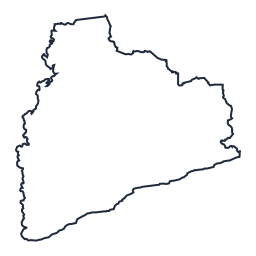 San Pedro, Bas-Sassandra, Ivory Coast (Mercator projection)
{"feature_id": "98640826B43081365176028", "entity_name": "San Pedro", "entity_type": "district", "adm_level": 2, "iso_a3": "CIV", "parent_name": "Ivory Coast", "parent_adm1": "Bas-Sassandra", "projection": "mercator", "projection_center": [-6.916, 5.016], "detail": "fine", "context": "isolated", "style": "outline", "palette": "slate", "viewbox_px": 256, "rotation_deg": 0, "n_neighbors": 0, "source": "geoboundaries", "source_scale": "gbopen_adm2", "svg_char_len": 5575}
<svg xmlns="http://www.w3.org/2000/svg" viewBox="0 0 256 256"><path d="M54.6,24.2L54.8,25.6L54.3,26.2L53.9,28.3L54.1,29.2L55.4,30.8L52.0,30.5L51.4,31.0L51.8,35.0L50.7,36.4L51.2,37.9L52.4,38.2L54.0,39.4L53.5,41.1L52.6,41.2L51.0,40.2L50.5,40.3L50.0,40.8L49.7,41.3L50.0,41.9L52.2,42.9L52.0,43.6L49.9,44.5L49.6,45.4L49.8,46.2L49.0,47.4L47.2,48.0L46.5,49.5L46.5,52.5L47.8,54.6L47.1,57.2L46.3,56.4L45.3,56.1L44.6,55.4L44.7,54.8L44.3,54.2L43.8,54.1L42.4,55.6L42.0,56.9L42.0,57.5L42.9,58.7L44.7,60.0L45.4,61.1L45.9,64.3L46.6,65.5L50.4,68.3L50.6,69.0L53.0,67.8L52.7,65.9L53.2,65.3L54.2,65.0L53.4,67.6L53.1,71.5L54.3,73.4L55.3,73.8L56.4,73.7L54.8,75.0L54.4,75.9L53.4,75.9L52.9,76.4L52.0,76.6L51.3,77.4L51.1,78.3L52.2,80.5L51.8,81.4L50.0,81.8L49.4,84.3L47.2,86.1L46.6,86.1L48.0,84.9L48.1,83.9L47.9,83.3L46.5,83.0L46.6,82.5L47.5,82.3L48.3,80.8L49.0,80.2L48.8,79.0L47.9,78.9L45.3,79.4L43.6,81.0L42.3,81.2L40.8,82.4L40.2,82.6L39.3,81.6L37.9,82.6L37.2,84.6L37.4,85.9L39.0,86.2L39.3,86.6L39.6,89.6L39.2,90.1L38.4,89.7L37.7,90.0L36.2,92.2L36.0,93.7L36.8,94.8L37.4,95.1L37.9,96.5L37.6,98.3L38.5,100.3L38.1,103.0L37.2,104.9L36.0,106.3L35.9,108.7L33.7,109.8L33.0,110.8L33.4,111.5L31.6,113.8L31.3,113.4L31.6,111.8L30.7,110.8L30.0,110.8L28.4,111.3L26.8,113.2L24.9,114.2L24.0,115.3L23.1,115.6L22.5,116.3L22.5,117.3L23.4,118.0L23.8,120.1L24.5,120.6L24.4,121.9L25.0,123.2L24.8,123.8L24.2,124.0L23.6,125.7L23.6,127.3L24.5,129.2L26.1,129.8L26.2,130.6L25.9,132.4L24.8,133.2L24.2,134.4L23.4,134.7L23.1,135.4L24.1,137.4L24.6,137.7L25.5,137.0L26.5,137.3L27.6,139.1L27.2,139.6L26.9,140.4L27.0,141.7L27.5,142.7L28.8,143.8L28.7,144.8L26.5,144.8L25.0,143.7L24.2,143.7L22.7,144.2L22.2,146.4L21.7,146.7L21.0,146.6L19.9,145.6L19.4,145.6L17.1,146.9L16.0,149.8L16.2,150.7L17.1,151.5L18.2,151.8L17.9,152.7L18.2,154.7L18.8,155.2L18.5,155.7L17.7,156.1L17.5,156.7L17.7,157.9L19.2,160.5L17.8,161.1L17.4,161.7L17.0,162.9L17.4,164.7L17.2,165.2L17.5,165.9L20.0,167.7L22.9,168.3L23.0,169.1L21.9,170.6L22.6,172.8L22.5,174.4L23.5,176.1L22.4,178.6L23.6,182.0L23.6,182.9L23.3,183.4L22.0,183.1L21.2,184.2L21.1,184.9L22.6,187.8L21.7,187.9L20.7,188.4L20.2,190.5L20.6,191.1L22.5,191.3L23.3,192.3L24.0,196.3L25.0,197.9L23.9,199.4L23.6,200.4L21.5,200.6L20.6,201.2L20.5,202.8L22.4,204.4L23.0,205.3L23.1,205.7L22.7,206.9L23.3,208.5L22.0,209.4L22.0,211.3L24.2,214.7L23.3,215.8L24.0,218.6L22.8,219.6L22.7,220.5L21.7,222.2L21.8,224.1L22.2,225.4L23.8,226.7L26.4,227.6L26.3,227.9L24.1,228.8L23.2,229.7L21.1,233.7L21.8,236.1L24.7,239.1L26.7,238.9L27.7,240.2L29.4,240.4L31.1,240.1L36.3,240.6L39.3,239.7L40.6,239.7L44.5,238.1L48.6,237.3L51.9,234.5L57.0,232.8L59.4,230.4L61.4,230.0L63.9,228.8L65.1,226.6L66.6,225.3L69.3,224.1L71.4,224.0L75.9,223.0L77.2,219.3L83.0,216.0L84.7,215.4L87.2,213.5L90.6,213.0L91.9,212.4L96.0,212.4L104.4,211.3L105.7,211.5L107.2,210.9L109.1,211.0L109.9,209.8L113.8,209.1L113.9,208.2L114.4,207.7L114.8,205.9L116.7,204.2L118.4,203.6L119.2,201.7L122.4,200.7L122.2,199.7L124.0,198.3L124.5,198.3L125.8,196.3L126.8,195.5L130.9,193.9L133.4,192.4L132.8,190.1L133.3,189.3L134.2,188.6L138.0,187.7L140.0,187.6L142.4,186.8L159.3,184.7L159.8,183.8L163.7,183.6L166.0,184.0L169.0,183.4L169.9,181.2L175.3,180.4L179.6,179.3L182.3,177.6L183.7,177.3L187.0,174.8L187.3,173.3L191.1,171.3L193.4,170.8L194.9,170.0L195.9,170.3L198.0,169.8L203.3,169.3L204.5,168.5L206.6,168.6L213.0,167.1L213.6,166.9L214.1,165.1L217.0,163.5L220.5,163.0L222.8,162.0L223.4,161.4L227.9,160.6L229.1,160.7L236.8,157.3L239.4,156.9L239.4,155.9L239.8,155.0L239.5,153.8L240.0,151.4L239.9,151.2L238.6,151.9L238.0,151.8L237.2,150.9L236.8,148.5L236.2,148.3L234.7,146.7L233.3,146.2L232.7,146.3L232.3,146.9L231.8,146.1L231.2,145.9L230.1,146.3L229.1,147.4L227.9,147.9L225.4,147.7L225.2,146.3L224.1,144.5L221.9,143.7L220.8,142.2L220.8,141.2L221.4,140.5L222.4,140.9L222.9,140.5L224.6,140.9L225.1,139.8L225.4,140.0L226.5,139.4L228.0,137.8L229.8,138.0L233.0,134.0L232.5,133.7L232.5,132.9L231.9,131.9L232.2,131.4L232.0,130.1L232.2,129.8L231.7,127.6L230.8,126.4L228.2,124.5L227.7,122.8L227.9,122.0L227.8,120.5L231.0,119.2L232.1,118.4L231.2,117.3L230.8,115.9L232.0,109.0L231.0,105.9L229.6,105.4L226.7,103.1L225.1,99.0L223.7,98.2L223.0,97.4L223.1,96.9L223.7,96.1L223.8,95.2L222.9,93.1L223.3,92.0L223.0,91.1L223.5,90.3L222.6,89.4L222.7,84.7L214.6,84.6L210.0,85.3L208.1,83.1L208.4,82.6L204.1,77.9L199.4,78.3L198.6,78.9L196.4,77.3L196.0,78.0L191.7,79.9L191.0,81.1L184.8,82.6L184.4,83.2L183.4,82.9L183.0,83.7L182.5,83.8L182.5,84.9L182.0,85.3L179.3,85.5L178.2,84.8L178.1,85.0L178.1,73.4L177.0,73.1L176.4,73.5L176.3,72.7L175.8,72.8L175.6,72.1L175.1,71.9L173.8,71.9L173.4,72.3L171.9,72.3L171.8,71.8L172.1,71.2L170.4,70.6L168.9,69.1L168.0,68.7L167.6,67.1L166.7,66.2L166.7,62.9L166.4,62.3L166.5,61.7L166.0,61.3L166.5,60.8L166.3,60.0L161.4,59.6L157.5,57.9L150.5,51.8L149.4,51.3L147.6,52.0L146.8,51.4L145.6,51.2L145.0,50.8L144.6,50.9L143.9,52.1L142.6,52.3L140.2,51.9L139.0,51.3L136.9,51.0L135.1,51.5L133.8,51.4L133.5,51.1L132.8,52.0L133.1,52.9L132.8,53.4L131.1,54.5L128.2,54.0L125.6,54.3L116.7,50.8L117.2,49.5L117.0,49.1L117.3,47.9L116.9,47.8L116.5,47.1L115.6,47.0L114.4,44.3L114.5,43.5L114.3,42.7L113.2,41.9L113.4,41.7L112.8,41.4L110.6,41.3L109.2,40.0L108.5,38.5L108.7,38.1L109.5,37.8L109.8,37.1L111.0,36.6L110.3,35.2L110.0,33.7L109.4,33.1L110.3,27.3L110.8,26.2L109.8,24.7L109.1,22.6L107.3,19.1L107.1,17.2L105.4,15.4L105.2,16.1L104.3,16.5L76.2,20.0L75.9,20.7L75.3,20.9L75.0,21.6L74.1,22.5L73.8,23.8L73.1,24.3L70.3,24.1L68.8,23.1L67.8,23.0L66.7,23.4L66.0,24.3L65.1,24.7L63.3,24.2L61.3,23.0L60.9,23.0L60.5,23.9L58.0,23.6L57.0,24.0L54.6,24.2Z" fill="none" stroke="#1e293b" stroke-width="2"/></svg>